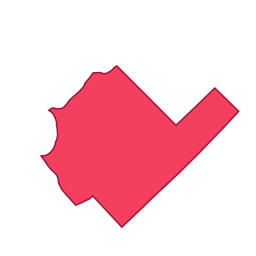 outline of Ajdabiya, rotated 316°
{"feature_id": "LBY-2983", "entity_name": "Ajdabiya", "entity_type": "Municipality", "adm_level": 1, "iso_a3": "LBY", "parent_name": "Libya", "parent_adm1": "", "projection": "orthographic", "projection_center": [21.402, 29.135], "detail": "fine", "context": "isolated", "style": "filled", "palette": "rose", "viewbox_px": 256, "rotation_deg": 316, "n_neighbors": 0, "source": "natural_earth", "source_scale": "10m", "svg_char_len": 1257}
<svg xmlns="http://www.w3.org/2000/svg" viewBox="0 0 256 256"><g transform="rotate(316 128 128)"><path d="M218.2,159.6L218.3,162.1L218.6,173.3L218.7,174.5L218.8,179.3L219.1,190.1L219.2,192.9L209.3,193.4L198.9,194.0L182.3,194.6L165.8,195.2L149.2,195.5L132.6,195.7L115.7,195.5L98.7,195.2L86.3,195.2L73.9,195.2L64.3,195.1L54.7,195.0L55.5,152.6L50.8,152.1L42.9,149.5L36.8,147.2L37.1,135.3L37.7,126.2L39.7,119.7L43.1,115.1L44.2,110.4L43.8,105.1L44.2,99.7L45.3,93.6L46.0,87.8L49.9,90.6L51.1,91.1L53.5,91.5L55.9,91.6L58.5,91.3L60.0,91.0L61.2,90.6L63.5,89.5L66.6,87.6L67.1,87.3L68.4,87.1L68.9,86.8L72.6,84.0L77.2,78.6L78.4,76.5L79.1,75.6L80.1,74.8L80.6,74.3L82.4,70.7L83.7,67.2L83.9,65.8L83.8,61.7L83.6,61.5L83.9,61.4L83.9,61.1L83.8,60.9L83.5,60.6L83.4,60.3L84.9,60.3L87.9,61.3L89.1,63.1L91.1,65.9L94.0,67.9L95.9,68.5L99.8,68.3L105.1,67.3L115.6,67.7L117.8,67.8L124.8,67.4L126.5,66.7L128.5,65.8L133.4,65.4L137.2,64.9L141.2,64.1L143.3,66.0L146.6,68.9L148.2,72.1L151.1,74.1L153.0,74.4L155.8,75.2L158.5,75.1L160.7,74.9L160.8,74.9L161.4,75.1L162.0,75.3L162.5,75.6L163.1,75.8L163.4,96.7L163.8,117.6L164.1,138.5L164.4,159.4L177.7,159.5L191.1,159.6L204.4,159.6L217.7,159.5L217.9,159.5L218.2,159.6L218.2,159.6Z" fill="#f43f5e" stroke="#9f1239" stroke-width="1.5"/></g></svg>